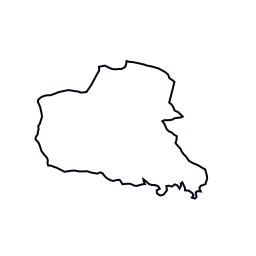 the district of Serra Azul, São Paulo, Brazil, rotated 114°
{"feature_id": "56859067B84170485287144", "entity_name": "Serra Azul", "entity_type": "district", "adm_level": 2, "iso_a3": "BRA", "parent_name": "Brazil", "parent_adm1": "São Paulo", "projection": "equal_earth", "projection_center": [-47.543, -21.307], "detail": "fine", "context": "isolated", "style": "outline", "palette": "ink", "viewbox_px": 256, "rotation_deg": 114, "n_neighbors": 0, "source": "geoboundaries", "source_scale": "gbopen_adm2", "svg_char_len": 2183}
<svg xmlns="http://www.w3.org/2000/svg" viewBox="0 0 256 256"><g transform="rotate(114 128 128)"><path d="M147.8,34.4L145.2,34.8L142.2,35.0L139.5,36.6L137.4,38.1L134.5,40.7L134.0,45.6L133.5,49.4L133.7,53.9L133.3,58.7L131.8,61.4L130.5,63.4L129.3,66.5L127.6,69.6L125.8,71.3L124.5,74.2L122.5,78.5L119.5,78.8L115.7,80.0L115.3,83.4L114.3,86.4L114.4,89.6L113.2,92.3L111.7,94.0L109.5,96.3L107.8,99.4L106.1,98.0L104.3,94.0L102.6,91.2L100.2,89.4L98.4,86.7L97.0,84.1L95.3,82.7L94.1,85.7L93.1,88.8L93.0,92.6L90.5,95.1L88.9,97.6L88.0,100.7L67.0,104.3L66.3,106.7L65.6,110.5L62.9,113.1L62.0,116.0L61.6,118.7L61.4,121.4L61.2,124.3L61.7,128.4L62.5,133.1L63.3,136.4L63.5,139.1L64.3,143.4L65.2,147.6L66.0,150.9L67.1,153.9L67.4,156.5L70.3,155.7L73.3,155.4L76.6,157.8L77.9,160.7L79.4,163.0L80.6,166.6L80.6,170.4L80.4,174.4L82.1,176.9L83.9,179.4L87.2,177.7L89.4,178.0L104.0,179.1L112.0,180.6L114.7,185.1L115.0,188.7L115.8,191.1L116.6,194.3L117.7,198.0L119.8,201.0L121.4,203.1L123.5,206.1L125.7,208.0L127.3,209.8L129.3,211.7L131.5,216.0L133.3,218.2L135.1,219.8L137.2,220.9L139.2,221.6L141.1,220.6L142.5,219.0L144.6,216.8L146.8,215.1L149.3,213.3L151.0,212.1L153.1,211.0L156.1,210.8L159.7,210.3L163.0,210.7L165.3,209.2L167.7,208.9L170.6,207.9L173.6,208.6L176.1,207.8L177.4,204.4L179.2,202.2L181.4,200.2L184.5,197.4L186.6,193.3L188.1,190.0L190.1,188.1L192.6,187.4L194.8,185.6L193.7,183.4L193.6,180.0L193.3,177.5L193.8,168.1L191.9,165.2L189.8,161.9L188.6,159.5L187.8,156.0L186.9,153.4L185.8,151.2L184.1,147.7L183.6,143.2L182.2,137.6L179.8,135.2L179.8,132.6L181.4,129.8L182.4,127.3L182.8,123.2L182.4,120.0L180.0,117.0L178.8,114.4L180.0,112.5L181.6,110.2L179.0,105.6L178.0,102.9L178.1,98.9L177.4,96.5L175.5,94.3L173.8,92.2L172.3,89.7L170.4,91.9L168.5,93.1L169.6,89.0L170.6,86.1L170.4,82.9L169.1,80.1L169.0,76.6L170.6,74.3L173.2,76.4L176.1,74.8L176.5,71.0L174.4,68.4L172.0,67.8L169.1,67.1L165.5,69.3L164.0,67.0L163.7,64.1L160.5,62.3L160.4,59.6L162.4,56.3L159.6,56.0L157.3,57.2L155.5,56.3L157.6,54.0L159.2,51.9L161.8,50.5L160.5,47.1L161.3,43.0L162.6,40.8L165.6,41.4L165.2,38.1L163.0,37.4L159.3,39.9L157.5,39.0L156.4,35.7L153.9,38.4L151.2,38.0L147.8,34.4Z" fill="none" stroke="#020617" stroke-width="2"/></g></svg>